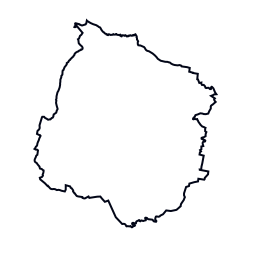 outline of Ilieni, Covasna, Romania, rotated 12°
{"feature_id": "2599482B87460313327434", "entity_name": "Ilieni", "entity_type": "district", "adm_level": 2, "iso_a3": "ROU", "parent_name": "Romania", "parent_adm1": "Covasna", "projection": "robinson", "projection_center": [25.742, 45.805], "detail": "fine", "context": "isolated", "style": "outline", "palette": "ink", "viewbox_px": 256, "rotation_deg": 12, "n_neighbors": 0, "source": "geoboundaries", "source_scale": "gbopen_adm2", "svg_char_len": 5658}
<svg xmlns="http://www.w3.org/2000/svg" viewBox="0 0 256 256"><g transform="rotate(12 128 128)"><path d="M146.8,224.4L147.3,224.5L147.9,224.1L148.4,224.0L149.7,224.0L150.4,223.6L150.9,223.4L151.9,224.2L152.4,224.3L153.0,224.0L153.4,223.1L153.7,222.8L154.8,222.4L155.0,222.0L154.6,221.7L153.5,222.0L152.5,221.4L152.1,221.1L151.9,220.6L152.0,220.1L152.6,219.7L153.5,219.7L154.4,220.0L155.3,219.9L155.6,219.5L155.5,218.3L155.7,217.7L156.4,217.0L157.3,216.5L157.9,215.8L158.3,215.8L158.9,216.6L159.4,216.7L160.2,215.8L160.6,215.6L161.7,215.8L162.5,215.7L163.3,215.1L164.5,214.6L164.6,214.2L164.4,213.5L164.3,213.2L163.5,212.6L163.5,212.4L163.8,212.1L164.8,212.0L165.5,212.2L166.1,212.8L166.8,213.0L170.7,212.6L171.3,212.8L172.4,213.8L173.0,214.0L174.9,213.9L175.1,213.5L174.9,212.8L173.8,212.1L173.6,211.7L173.5,210.2L173.7,208.9L174.2,208.6L176.5,208.4L177.3,207.9L177.9,206.9L180.2,205.1L182.5,200.7L187.2,200.3L192.2,198.1L192.6,197.8L195.8,193.5L195.6,192.7L195.7,192.2L195.7,191.2L197.5,186.8L197.8,184.5L198.0,184.2L198.0,183.8L196.8,182.2L196.4,180.2L197.1,173.6L199.7,172.1L199.6,169.6L204.1,167.2L207.6,165.7L207.4,163.0L213.3,162.7L213.6,162.1L213.5,160.8L215.9,156.7L215.6,153.8L206.9,154.0L206.8,153.7L208.2,153.6L207.9,150.4L208.0,147.2L207.9,143.6L207.8,139.3L203.5,139.1L203.4,136.8L204.3,135.7L203.1,134.6L204.2,133.5L203.6,130.8L205.4,130.0L204.3,127.9L204.1,126.8L204.6,125.5L205.8,125.4L206.2,125.0L206.2,124.2L205.7,123.9L202.3,123.3L202.0,122.6L202.1,122.3L203.0,121.7L203.5,121.7L204.2,121.2L204.4,120.9L205.6,119.9L205.2,117.8L205.5,115.7L204.2,115.2L203.8,113.7L203.6,112.0L203.7,111.8L202.1,111.3L200.3,111.1L198.3,109.8L195.4,107.1L194.8,106.1L194.3,105.8L193.8,104.9L193.0,105.2L191.4,105.3L190.2,105.9L189.8,105.8L189.7,105.2L189.8,104.8L190.5,104.3L190.5,103.6L191.0,103.3L191.2,101.6L191.6,101.2L193.3,100.3L195.7,98.6L197.8,98.4L199.2,98.6L201.2,98.3L203.5,97.2L204.0,94.5L204.8,92.2L204.9,91.5L204.5,89.9L204.6,89.0L205.1,88.3L206.0,87.4L208.3,84.3L207.8,84.0L206.8,83.0L206.3,82.2L206.3,81.9L206.8,81.0L202.6,79.3L204.3,78.2L205.2,77.3L207.4,76.6L205.8,75.1L203.3,71.5L201.6,70.3L201.2,70.3L200.8,71.0L201.1,72.4L201.0,72.7L200.1,72.9L198.5,71.9L198.0,72.0L196.1,72.7L195.3,72.4L194.8,71.3L193.1,70.1L191.4,70.5L190.4,69.3L190.3,68.3L188.4,69.1L186.3,65.9L185.6,65.9L185.0,60.5L180.1,60.7L180.1,60.4L176.2,60.2L175.9,56.4L173.2,56.2L167.6,56.6L167.4,56.4L167.3,56.1L167.0,55.9L165.4,55.7L163.6,56.4L160.4,56.7L158.4,56.5L156.7,56.0L155.7,55.4L155.0,55.2L154.4,55.3L153.0,55.1L150.5,55.5L146.0,55.4L142.7,54.1L141.4,52.9L139.2,51.4L136.6,50.0L132.6,48.6L130.7,48.5L129.5,48.0L128.5,47.1L128.1,46.5L126.9,45.5L123.0,44.7L121.8,44.9L120.9,44.9L120.8,44.5L120.3,44.2L120.1,43.8L119.7,41.9L119.9,41.1L118.9,40.0L118.4,39.6L118.1,38.2L117.5,37.5L117.5,36.6L115.8,34.8L114.5,35.7L114.7,36.1L114.3,36.3L113.7,36.0L113.2,36.3L113.1,36.6L112.6,36.5L112.8,36.6L112.7,36.8L112.4,37.0L111.0,36.8L110.8,36.9L111.0,37.1L110.2,37.5L110.2,37.2L109.6,37.4L109.2,38.2L108.4,38.5L107.8,38.2L107.6,38.5L107.3,38.3L107.3,38.1L106.5,38.2L106.0,37.8L105.8,37.9L105.7,38.4L105.6,38.5L103.7,38.3L103.3,38.5L102.7,39.7L102.3,39.7L101.6,39.4L101.6,39.2L102.1,38.8L101.0,38.3L100.2,39.0L99.6,38.9L98.1,39.1L97.6,39.0L97.1,38.5L96.8,38.6L96.4,38.8L96.3,39.2L94.3,39.7L94.1,39.6L94.0,39.4L93.8,39.5L93.5,40.0L91.6,40.6L90.3,40.3L89.8,40.3L89.5,41.0L89.2,41.3L88.8,41.3L88.2,40.8L87.9,40.9L88.0,41.1L87.7,41.1L87.5,40.6L87.2,40.5L86.3,40.5L85.2,40.0L84.9,39.6L83.7,39.2L83.1,38.8L81.7,37.6L79.9,35.5L78.3,35.2L77.8,34.8L76.6,34.5L76.0,34.1L72.3,33.7L69.6,33.1L65.8,31.8L65.4,31.5L65.4,34.7L64.8,35.3L64.8,35.6L61.7,37.3L59.0,36.9L58.9,36.6L55.0,36.4L54.6,36.7L54.6,37.2L55.1,37.5L55.5,37.5L56.0,37.1L56.3,37.1L56.0,37.5L56.1,38.0L54.7,39.6L54.6,40.4L55.2,40.4L57.1,39.2L63.8,44.4L63.0,46.5L61.9,47.8L61.5,50.5L61.2,51.0L60.6,51.6L61.2,52.4L62.2,55.3L62.6,55.7L62.9,55.8L63.7,56.5L66.0,57.8L66.8,58.7L66.9,59.3L67.1,59.9L66.5,60.8L65.8,61.0L65.8,61.3L65.7,61.5L64.8,62.0L64.1,62.5L63.4,63.5L62.7,63.8L61.0,65.4L60.9,65.8L60.4,66.6L60.3,67.3L60.4,67.6L59.7,68.9L59.7,69.4L58.4,71.0L58.3,71.4L57.4,72.6L57.2,73.4L56.6,73.9L56.1,74.9L55.9,75.9L54.6,77.2L54.8,78.1L54.8,78.6L54.1,80.2L53.3,81.7L52.8,84.8L52.2,85.3L52.2,86.2L52.7,89.3L52.6,89.7L52.0,90.8L52.2,92.4L51.8,94.7L52.2,96.8L52.3,98.5L52.6,99.7L52.7,102.5L52.2,106.0L51.6,107.8L51.5,111.8L51.9,114.1L51.7,115.4L52.2,116.0L52.4,118.4L53.7,121.2L55.1,123.8L55.2,124.2L54.7,125.7L54.6,127.9L52.5,130.2L52.5,131.7L52.6,132.3L52.2,133.5L51.2,134.2L50.9,134.8L50.3,135.7L49.6,135.8L48.5,136.4L48.0,136.5L46.4,135.8L45.0,135.5L43.6,134.5L41.8,134.9L41.6,135.5L40.9,143.7L41.6,146.3L41.5,147.3L41.1,148.3L40.2,149.4L40.1,150.1L40.2,152.7L42.9,153.4L43.4,153.3L44.1,153.9L43.4,156.7L43.2,158.9L42.9,159.9L42.6,162.0L42.7,163.6L42.5,164.5L41.8,165.4L41.4,167.0L40.9,167.9L42.2,168.3L43.5,168.1L44.6,168.6L44.9,173.1L44.4,173.6L44.0,174.2L43.9,175.4L43.3,178.1L43.4,179.1L43.7,179.9L44.2,180.5L46.4,181.5L46.9,182.2L49.5,184.2L49.7,184.9L50.4,186.0L52.0,186.0L53.6,186.9L54.2,187.0L54.4,187.5L54.5,189.6L54.2,191.4L54.7,192.3L54.0,193.8L52.1,195.0L52.8,196.5L58.2,199.3L61.4,201.5L61.7,201.2L64.5,203.3L65.4,203.6L66.5,203.6L68.1,203.1L69.3,203.0L71.3,203.5L73.0,202.9L74.3,202.9L76.0,203.2L79.4,203.2L79.9,201.2L79.0,196.9L83.6,197.2L84.4,198.4L85.5,198.7L87.3,200.4L87.6,201.1L87.5,201.5L89.2,203.0L89.4,202.9L91.5,204.8L92.2,205.2L93.5,205.3L97.7,205.0L98.0,205.8L99.5,206.0L100.5,205.8L103.6,203.2L104.7,204.4L112.1,201.6L115.2,200.8L117.1,202.4L120.7,205.0L123.8,203.1L134.6,217.8L142.3,223.1L143.8,222.6L144.6,222.6L145.4,222.9L146.0,223.4L146.8,224.4Z" fill="none" stroke="#020617" stroke-width="2"/></g></svg>